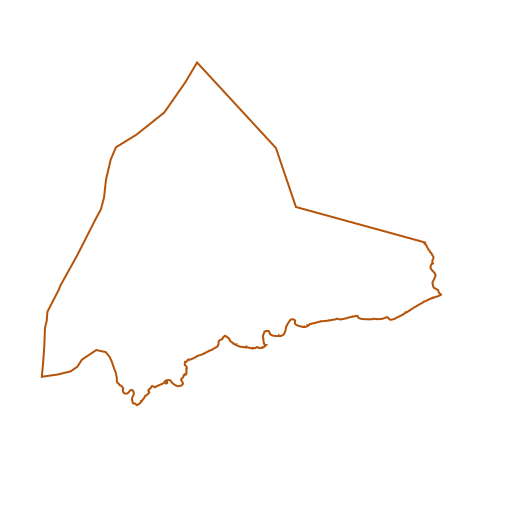 outline of Asmat, Papua, Indonesia, rotated 284°
{"feature_id": "22746128B62198228854475", "entity_name": "Asmat", "entity_type": "district", "adm_level": 2, "iso_a3": "IDN", "parent_name": "Indonesia", "parent_adm1": "Papua", "projection": "natural_earth1", "projection_center": [138.155, -5.583], "detail": "fine", "context": "isolated", "style": "outline", "palette": "amber", "viewbox_px": 512, "rotation_deg": 284, "n_neighbors": 0, "source": "geoboundaries", "source_scale": "gbopen_adm2", "svg_char_len": 5918}
<svg xmlns="http://www.w3.org/2000/svg" viewBox="0 0 512 512"><g transform="rotate(284 256 256)"><path d="M314.4,91.7L293.7,92.0L276.0,94.4L263.6,94.2L253.7,91.6L213.6,82.4L179.7,73.3L175.5,72.8L151.4,67.1L142.5,68.6L135.5,68.6L115.7,72.7L101.9,75.1L87.0,77.4L93.1,92.4L99.2,104.0L105.3,109.4L113.4,112.2L126.1,123.8L126.4,133.5L122.5,138.6L117.8,142.2L112.4,145.6L108.3,148.5L103.9,150.5L100.7,151.3L99.6,152.0L99.1,153.5L97.8,154.6L97.6,156.1L96.9,157.6L96.2,158.5L95.4,159.2L93.8,159.1L92.7,159.5L91.9,160.1L91.1,160.9L90.9,162.4L91.1,163.6L91.8,164.7L93.7,165.8L95.2,166.5L95.9,167.6L95.7,169.1L94.1,170.3L93.1,170.7L91.8,170.8L90.4,170.4L88.6,170.2L86.9,170.2L84.1,171.8L83.3,172.3L83.5,173.9L83.5,174.3L83.1,175.0L82.5,176.6L83.2,177.1L83.4,177.7L83.7,178.0L85.4,179.2L87.0,180.0L87.3,180.0L87.6,179.7L88.2,180.5L89.8,181.1L91.2,181.9L93.2,182.2L94.0,183.1L97.2,185.3L98.0,185.4L98.1,185.2L98.3,185.2L98.7,184.9L98.8,184.6L99.5,184.0L100.7,184.6L101.2,185.1L101.9,185.4L102.8,185.9L104.5,186.4L104.7,186.6L104.7,187.4L104.2,189.4L104.2,189.9L105.5,191.0L110.0,196.9L111.1,197.6L112.7,198.0L114.1,199.9L114.5,201.2L114.6,202.7L114.3,203.4L112.9,205.0L111.9,206.7L111.3,208.4L110.8,210.8L110.8,212.0L111.0,212.5L112.1,214.6L112.7,215.3L113.3,215.7L114.2,216.0L114.7,216.0L115.1,215.7L117.6,213.4L118.1,213.2L118.7,213.2L119.7,214.1L120.8,214.6L121.8,214.8L122.5,214.7L122.5,214.9L123.3,215.2L123.6,216.0L124.0,215.8L124.0,216.2L124.3,216.8L125.5,217.0L126.3,216.8L126.7,216.4L128.1,216.3L129.3,215.7L129.7,215.7L129.8,216.0L130.4,216.1L131.5,215.5L132.2,214.9L132.6,214.4L132.7,213.9L133.0,213.4L134.2,212.9L136.1,212.7L136.3,212.8L136.4,213.8L136.9,214.4L137.8,214.8L138.3,214.8L138.7,215.2L139.1,215.2L139.3,215.8L139.1,216.2L139.5,216.5L139.6,217.3L140.7,218.9L143.7,222.4L144.7,223.1L144.7,223.3L144.9,223.4L145.0,223.7L145.8,224.7L146.2,225.7L148.5,228.8L148.8,228.9L148.9,229.3L149.1,229.4L149.4,230.1L150.2,230.8L150.6,231.0L151.4,232.2L152.3,233.3L152.7,233.4L152.7,233.6L153.2,234.2L153.3,234.5L153.7,235.1L153.9,235.2L154.0,235.5L158.2,239.8L159.1,240.5L160.1,240.8L161.5,241.0L163.5,240.5L164.8,240.7L166.1,241.7L166.5,242.5L167.2,243.3L167.8,243.6L168.3,243.5L169.6,244.1L171.0,245.0L171.0,246.1L170.7,246.4L170.8,246.5L169.2,250.3L167.9,250.8L167.5,251.2L167.4,251.5L166.8,252.5L166.4,253.8L165.9,255.1L165.7,254.9L165.3,255.5L165.0,257.8L165.3,258.2L164.9,258.2L164.7,258.6L164.2,261.6L164.2,263.2L164.5,265.4L164.7,265.9L164.7,266.1L164.5,266.3L165.0,267.9L164.9,268.2L164.8,268.7L165.2,268.9L165.0,269.0L165.1,269.3L165.3,269.2L165.2,269.6L165.4,270.7L165.2,271.2L165.3,271.4L165.4,271.5L165.2,272.2L165.3,273.5L165.9,274.9L165.8,275.0L166.1,275.1L166.2,275.3L165.9,275.6L165.9,276.0L166.6,277.8L167.7,278.7L168.0,279.2L168.0,279.5L167.6,280.3L167.6,280.8L167.6,282.1L168.0,283.2L168.3,283.9L169.1,284.5L168.9,284.9L169.1,285.2L170.4,286.3L172.1,287.4L172.1,287.2L171.9,286.9L171.9,286.5L172.4,285.6L173.0,285.1L172.8,285.0L172.9,284.9L177.7,282.9L177.8,282.9L177.6,283.0L178.0,283.1L178.2,282.9L178.3,282.5L178.6,282.3L180.3,282.1L181.0,282.2L182.2,282.2L184.4,282.7L184.7,282.6L184.8,282.9L185.3,283.2L185.8,284.0L186.1,285.4L186.1,286.7L185.8,287.1L184.7,287.7L183.8,288.5L183.6,288.8L183.4,288.8L182.9,290.8L182.9,293.0L183.5,296.3L183.8,297.1L184.1,297.2L183.9,297.3L184.0,298.4L184.5,299.6L186.0,301.4L186.7,301.9L188.7,302.4L191.7,302.6L195.3,302.4L195.6,302.7L197.4,303.0L201.6,304.5L202.3,304.9L203.1,305.7L203.5,307.0L203.5,307.6L203.2,309.0L202.8,309.6L201.2,309.8L200.2,310.0L199.8,310.2L199.1,311.3L198.8,312.2L198.5,314.9L198.5,318.4L198.7,319.5L199.0,319.7L198.8,319.9L198.8,320.3L199.4,321.6L199.7,322.0L199.9,322.1L200.0,322.3L200.8,323.2L201.1,323.5L201.3,323.3L201.3,323.7L201.6,324.0L202.3,324.4L202.4,324.5L202.5,324.6L203.1,324.8L203.3,325.1L203.6,326.4L203.9,326.7L204.3,327.3L205.2,329.2L205.4,329.9L205.9,330.3L208.0,334.3L208.3,334.7L208.5,334.8L208.4,335.1L208.5,335.6L209.0,336.6L209.3,338.0L209.6,338.4L210.1,340.0L210.9,342.1L211.2,342.2L211.1,342.6L211.7,344.0L212.2,344.4L212.2,344.9L213.6,348.0L213.8,348.5L214.8,349.7L214.9,350.0L214.7,351.1L214.7,351.9L214.9,353.3L215.3,354.5L215.7,354.9L216.0,356.0L216.8,357.4L217.6,359.2L217.9,359.4L218.7,360.7L220.4,364.3L220.7,364.3L220.7,364.6L221.3,366.4L222.1,367.4L222.2,368.3L222.4,368.6L222.4,368.9L222.2,369.2L221.6,369.5L221.2,369.9L220.6,371.1L220.5,372.1L220.5,374.3L222.0,381.5L222.8,384.0L223.6,385.2L223.7,387.2L223.9,387.8L224.1,389.0L224.6,390.9L225.0,392.0L225.0,392.5L226.0,394.4L228.5,398.1L228.3,398.7L227.9,399.1L227.7,399.6L226.8,401.0L226.7,401.3L226.7,401.9L226.9,402.6L228.5,405.7L229.3,406.5L229.7,406.8L233.5,411.4L234.8,412.8L235.1,412.9L235.7,413.7L236.9,414.4L236.9,414.7L237.0,414.8L237.5,414.7L237.6,415.3L237.9,415.5L238.0,416.0L238.6,416.7L239.5,417.2L239.6,417.5L240.8,418.8L241.4,419.1L242.7,420.3L242.9,420.6L243.6,421.3L245.0,422.4L245.6,423.4L247.2,424.8L251.1,429.0L252.0,429.8L252.4,429.9L252.4,430.2L253.0,431.0L253.5,431.7L255.6,434.2L256.1,434.6L256.9,436.0L257.4,436.3L257.3,436.7L257.9,437.5L258.4,437.8L258.2,438.0L260.1,440.6L260.1,440.9L261.2,442.7L261.9,443.3L262.5,444.3L263.2,444.9L264.8,442.3L267.0,440.9L268.3,436.1L270.0,434.9L272.9,433.6L277.6,434.6L280.5,435.0L281.6,434.5L283.0,433.0L284.2,431.0L286.3,428.4L288.1,427.9L290.9,428.3L291.3,428.8L291.4,429.4L291.7,429.5L292.6,428.6L294.1,428.3L295.4,428.3L296.2,428.7L297.9,428.5L298.9,427.6L299.6,426.8L299.8,426.4L300.5,426.0L300.8,425.6L301.2,425.5L302.1,423.8L303.1,423.2L303.9,421.8L305.4,420.5L306.6,419.2L307.1,419.1L307.8,418.6L308.2,418.1L308.3,417.3L308.7,416.5L310.0,416.8L313.2,282.9L365.6,249.2L429.5,152.0L407.4,145.4L373.1,132.3L345.0,110.8L327.6,93.8L314.4,91.7ZM112.7,198.7L112.2,198.2L111.6,198.7L111.3,199.2L110.7,199.1L110.5,199.4L110.7,199.6L111.0,199.7L111.1,200.4L111.7,200.4L113.1,199.8L113.4,199.5L113.4,199.3L113.1,198.9L112.7,198.7Z" fill="none" stroke="#b45309" stroke-width="2"/></g></svg>